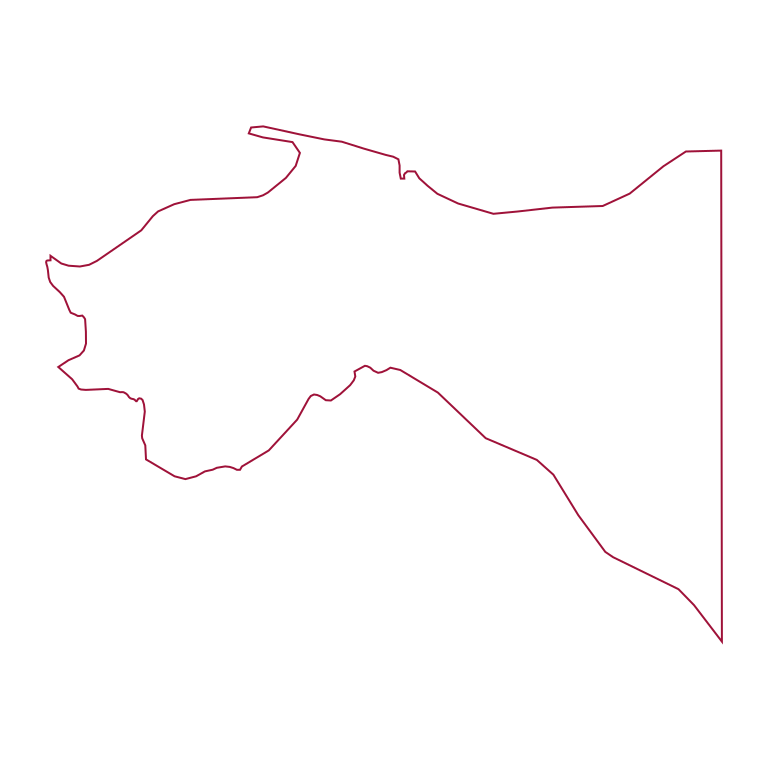 an SVG outline of Colón
{"feature_id": "HND-638", "entity_name": "Colón", "entity_type": "Department", "adm_level": 1, "iso_a3": "HND", "parent_name": "Honduras", "parent_adm1": "", "projection": "robinson", "projection_center": [-85.998, 15.551], "detail": "fine", "context": "isolated", "style": "outline", "palette": "rose", "viewbox_px": 768, "rotation_deg": 0, "n_neighbors": 0, "source": "natural_earth", "source_scale": "10m", "svg_char_len": 1925}
<svg xmlns="http://www.w3.org/2000/svg" viewBox="0 0 768 768"><path d="M50.5,255.8L61.3,263.5L68.6,265.7L79.9,266.5L89.1,264.8L96.9,260.9L141.3,230.3L152.8,216.2L158.1,211.4L174.2,204.2L190.5,199.9L257.2,197.2L263.0,195.3L267.8,192.6L285.9,177.9L295.7,165.9L299.9,152.9L292.5,142.1L262.9,137.4L248.8,133.4L251.1,127.5L263.2,126.4L299.3,134.3L324.3,139.4L341.8,141.7L363.8,148.6L385.7,154.9L393.2,156.7L398.4,159.3L399.6,165.5L399.6,172.7L400.8,178.6L404.3,178.6L404.0,175.0L405.0,173.3L406.4,172.4L407.4,171.3L415.1,171.5L419.3,178.3L427.6,185.8L437.4,193.8L458.1,203.5L493.4,213.8L517.7,211.5L552.4,207.6L602.7,206.0L629.7,193.6L663.5,166.2L685.9,151.5L721.2,150.6L721.9,641.6L694.0,605.1L678.5,589.2L613.1,557.2L605.3,551.9L578.3,515.2L553.4,474.7L536.8,459.9L485.7,438.2L437.9,392.6L400.3,370.0L390.4,367.7L386.5,370.1L381.8,372.1L378.1,372.8L373.5,370.7L370.3,367.7L367.2,366.2L364.9,365.8L354.5,371.5L355.3,376.5L353.8,380.3L350.1,385.2L340.1,394.2L330.9,400.5L325.8,400.2L320.3,396.3L317.2,395.0L314.0,394.5L310.8,396.0L308.6,398.9L297.2,419.6L268.8,450.4L241.9,466.5L240.0,469.8L236.9,469.8L233.5,468.1L229.7,466.9L225.2,466.4L216.8,467.8L212.7,469.7L204.9,471.4L196.1,476.3L185.4,479.1L174.6,476.3L146.0,459.4L145.3,445.4L142.2,438.3L141.9,435.6L144.8,411.6L144.0,404.5L142.6,400.1L141.2,398.7L139.2,398.3L138.0,399.1L137.2,400.5L136.7,401.2L136.1,401.2L135.4,400.5L134.5,399.6L133.3,399.1L131.8,398.8L130.4,398.3L129.1,397.2L127.6,395.0L126.2,393.7L125.0,393.0L123.7,392.3L122.7,392.1L120.0,392.2L108.2,388.9L85.8,389.9L81.0,389.5L78.6,388.6L77.5,386.5L72.2,379.3L58.3,367.0L68.5,360.2L79.5,355.4L83.9,350.5L86.0,343.6L85.9,331.7L85.1,319.2L84.0,317.4L82.3,315.6L79.3,316.0L77.6,315.9L75.1,314.5L70.7,312.7L69.3,309.9L64.0,296.8L59.8,292.1L53.1,285.9L50.2,282.0L48.7,277.6L47.9,270.1L47.3,266.8L46.5,264.1L46.1,262.1L46.5,260.9L47.2,260.5L50.5,260.3L50.5,255.8Z" fill="none" stroke="#9f1239" stroke-width="2"/></svg>